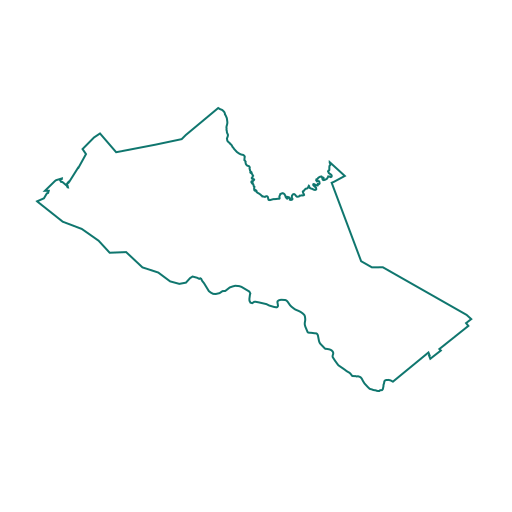 Guerrero, Tamaulipas, Mexico (Equal Earth projection), rotated 136°
{"feature_id": "50627088B90102683496666", "entity_name": "Guerrero", "entity_type": "district", "adm_level": 2, "iso_a3": "MEX", "parent_name": "Mexico", "parent_adm1": "Tamaulipas", "projection": "equal_earth", "projection_center": [-99.632, 26.921], "detail": "fine", "context": "isolated", "style": "outline", "palette": "teal", "viewbox_px": 512, "rotation_deg": 136, "n_neighbors": 0, "source": "geoboundaries", "source_scale": "gbopen_adm2", "svg_char_len": 6041}
<svg xmlns="http://www.w3.org/2000/svg" viewBox="0 0 512 512"><g transform="rotate(136 256 256)"><path d="M283.1,452.5L290.2,453.8L306.5,453.4L307.5,447.4L322.5,442.8L322.6,443.1L339.2,439.0L338.3,439.7L339.2,439.5L340.2,439.5L340.2,439.0L342.1,439.2L342.7,437.5L343.6,436.0L343.8,436.3L343.3,438.1L343.8,443.3L343.9,443.8L344.7,444.6L344.3,446.7L344.2,446.8L343.7,447.0L343.3,446.9L342.4,446.3L342.2,446.3L342.2,446.5L341.9,446.7L346.9,449.3L347.6,449.5L348.8,449.6L362.5,449.5L359.8,446.9L361.7,445.8L363.0,446.3L368.5,444.8L375.5,447.4L375.5,447.2L371.2,414.9L362.5,396.4L358.6,376.3L359.0,360.0L346.7,349.0L345.6,326.7L337.8,312.0L335.4,297.4L330.5,289.2L324.9,285.5L318.8,285.9L315.9,285.3L313.5,281.3L312.7,279.0L311.6,278.7L311.3,277.7L312.0,275.5L312.3,272.5L314.3,263.5L313.9,260.9L313.1,258.5L311.3,256.6L308.0,254.6L304.5,254.0L302.4,252.2L296.7,251.6L293.9,250.3L291.6,249.0L289.0,246.0L287.9,243.9L285.5,235.1L286.1,233.0L287.2,232.4L290.6,229.7L291.8,228.3L292.4,226.3L291.5,224.7L289.1,224.3L288.2,223.5L286.2,220.7L281.9,214.1L280.9,211.2L278.4,206.8L276.9,204.8L276.2,204.5L275.3,204.6L274.6,205.1L272.6,208.0L272.0,208.4L271.2,208.4L270.2,208.2L268.8,207.4L267.8,206.5L265.9,204.4L265.4,203.8L265.2,203.3L265.0,202.4L265.0,201.2L265.7,196.9L265.7,195.0L265.3,192.2L265.0,190.5L264.5,189.2L263.5,186.9L262.8,184.9L262.3,182.4L262.2,180.1L262.7,178.7L264.0,176.9L265.1,175.7L267.4,174.0L268.3,173.1L268.9,172.2L269.6,170.9L271.7,165.5L271.7,164.9L271.3,164.2L269.3,162.0L267.6,159.8L266.6,158.7L266.3,158.3L266.2,157.5L266.3,156.8L266.6,155.9L269.6,151.3L270.2,150.1L270.6,148.9L270.7,147.7L270.7,141.5L270.4,140.8L269.6,140.0L268.1,137.9L267.7,137.1L267.2,135.7L267.2,134.0L267.5,133.1L268.1,132.3L268.6,131.9L269.9,131.2L270.4,130.8L270.9,130.3L271.1,129.8L271.9,125.8L272.6,120.8L272.6,119.9L271.1,112.5L270.9,111.0L270.6,109.5L269.9,107.2L269.8,105.9L270.1,102.9L269.7,102.3L267.8,100.4L267.2,99.3L266.2,98.7L265.3,97.0L265.0,95.9L265.1,94.4L265.9,91.7L266.5,88.9L266.6,84.1L266.5,81.7L266.4,81.3L265.2,79.3L264.9,78.5L264.2,77.4L263.1,76.1L263.0,75.5L262.0,74.1L261.0,73.2L259.9,73.2L259.2,72.5L258.5,72.0L257.4,72.1L256.7,72.5L254.6,73.9L254.0,74.6L252.3,75.5L250.7,76.7L249.5,76.8L248.4,76.3L246.6,74.6L245.6,73.0L244.8,70.5L199.0,66.8L200.2,63.9L200.7,64.1L202.0,61.0L188.7,59.6L188.7,61.7L151.8,58.2L151.5,61.8L145.0,61.1L145.4,67.3L172.6,159.8L180.5,167.3L184.0,179.2L150.7,256.1L148.3,255.2L136.5,251.9L137.8,272.3L138.2,271.9L138.7,270.2L139.3,269.9L140.1,269.9L140.8,269.6L141.9,268.6L143.1,267.3L143.6,266.9L144.0,266.9L144.6,267.1L145.4,266.8L145.6,265.8L145.9,265.5L146.0,264.9L145.5,262.4L145.5,261.9L145.7,261.3L145.9,261.0L146.5,260.6L146.9,260.6L147.6,261.0L147.8,261.4L147.8,261.9L147.9,262.2L148.8,263.1L149.5,262.7L151.5,262.3L153.2,262.8L154.2,263.3L154.9,263.9L154.9,264.8L154.7,265.2L154.1,264.9L153.8,265.1L153.2,265.1L153.2,265.7L153.8,266.2L153.9,266.5L153.9,266.9L153.6,267.4L153.7,267.8L155.1,268.6L155.4,268.6L155.8,268.8L157.0,269.0L158.0,268.7L158.5,268.8L159.2,269.2L160.1,268.7L160.3,267.6L160.3,267.3L159.6,267.1L158.9,266.3L158.8,266.2L158.9,265.3L159.9,264.0L160.3,263.9L160.9,264.0L161.2,264.3L161.5,264.8L161.9,264.4L162.1,264.3L162.5,264.4L162.7,264.0L162.9,264.1L163.2,264.5L163.2,264.9L163.6,265.2L163.8,265.5L164.0,266.2L164.0,266.6L164.1,267.0L164.7,267.8L165.0,267.8L165.5,267.3L165.6,266.3L165.4,263.4L166.1,262.4L166.4,262.1L166.7,262.1L167.7,262.5L168.1,263.3L168.5,263.8L168.8,265.1L169.5,266.1L169.8,267.2L170.0,267.5L170.0,268.1L169.2,269.4L169.2,269.8L169.9,269.6L170.3,269.3L171.8,269.0L172.6,269.2L173.6,269.9L175.7,269.8L176.3,269.6L177.0,269.9L177.3,269.9L177.6,269.8L178.2,268.8L178.7,267.0L179.0,266.5L179.3,266.5L180.3,267.0L180.5,267.3L181.0,267.9L182.3,268.6L182.5,269.0L183.8,269.0L185.1,269.9L185.4,270.3L185.5,271.1L185.3,272.9L185.4,273.5L185.6,274.1L186.3,274.6L186.9,274.6L188.2,274.4L188.6,274.1L189.8,273.1L189.8,272.9L189.8,272.6L190.0,272.3L190.1,271.7L190.6,271.5L191.2,271.6L192.0,272.1L192.5,273.0L191.7,273.6L191.6,273.8L191.7,274.2L191.5,275.0L191.5,275.4L192.0,276.1L192.3,276.7L192.5,276.9L192.8,276.7L192.7,275.9L192.9,275.5L193.6,275.5L193.9,276.0L193.6,278.1L193.0,279.0L192.6,280.8L192.7,281.6L193.1,282.6L193.5,282.7L194.1,283.2L194.4,283.2L194.9,283.5L195.5,283.7L196.0,283.3L196.9,283.0L197.8,282.6L198.3,282.0L198.8,281.2L199.2,281.0L199.4,281.0L200.9,282.3L202.2,283.2L204.1,284.9L207.1,286.5L207.4,286.8L207.9,287.5L207.9,287.8L207.8,288.1L207.5,288.3L207.3,288.9L206.5,290.2L206.5,291.1L206.7,291.5L207.3,292.0L208.4,292.2L208.7,292.5L209.2,293.5L209.8,294.1L210.1,294.5L209.9,295.0L210.1,295.6L210.1,296.9L210.5,299.0L211.0,300.5L211.1,301.8L211.0,302.1L210.5,302.3L210.4,303.0L211.4,303.7L211.5,304.4L211.3,304.7L210.8,304.7L210.9,305.1L210.8,305.5L209.9,306.4L209.1,306.8L209.1,307.9L208.4,308.9L208.1,309.6L208.1,309.9L208.4,310.4L208.3,311.1L207.9,311.1L208.2,311.8L208.1,312.2L207.7,312.3L207.6,312.7L207.3,312.8L207.2,312.8L206.6,312.3L205.9,312.0L205.1,312.1L204.5,312.1L204.3,312.2L204.2,312.6L204.3,312.9L205.1,314.1L205.1,314.5L205.0,314.9L204.8,315.1L203.7,315.1L203.0,315.7L202.4,315.7L201.8,317.9L201.8,318.4L202.1,319.6L202.1,319.9L201.5,320.1L201.1,319.9L201.1,321.3L200.9,321.7L200.4,322.3L200.0,323.3L199.0,324.0L198.8,324.4L198.7,325.1L198.7,325.6L199.4,326.8L199.6,327.5L199.6,327.8L199.4,329.2L198.5,330.7L197.9,331.1L197.7,332.5L197.8,332.9L197.7,333.1L195.9,334.7L195.2,335.1L195.0,335.5L194.8,336.3L195.0,337.6L196.1,339.2L196.6,340.3L197.0,341.6L197.5,344.1L197.4,348.1L197.1,349.8L197.1,350.9L196.7,352.0L196.5,353.0L196.5,353.6L196.7,354.3L196.5,354.7L196.5,355.2L196.7,358.0L196.5,358.9L195.3,360.7L193.4,361.6L192.1,362.5L191.7,363.4L191.3,364.6L191.0,365.2L190.0,366.4L189.7,367.2L188.8,367.9L188.1,368.9L187.0,369.8L185.6,370.6L184.3,371.5L183.6,372.2L181.6,374.9L181.2,375.5L180.1,378.4L180.0,379.4L179.4,380.1L178.9,381.3L178.8,382.0L178.8,383.7L178.9,384.6L180.0,387.0L180.4,388.7L222.4,391.8L228.3,391.7L251.1,406.0L284.5,427.8L283.1,452.5Z" fill="none" stroke="#0f766e" stroke-width="2"/></g></svg>